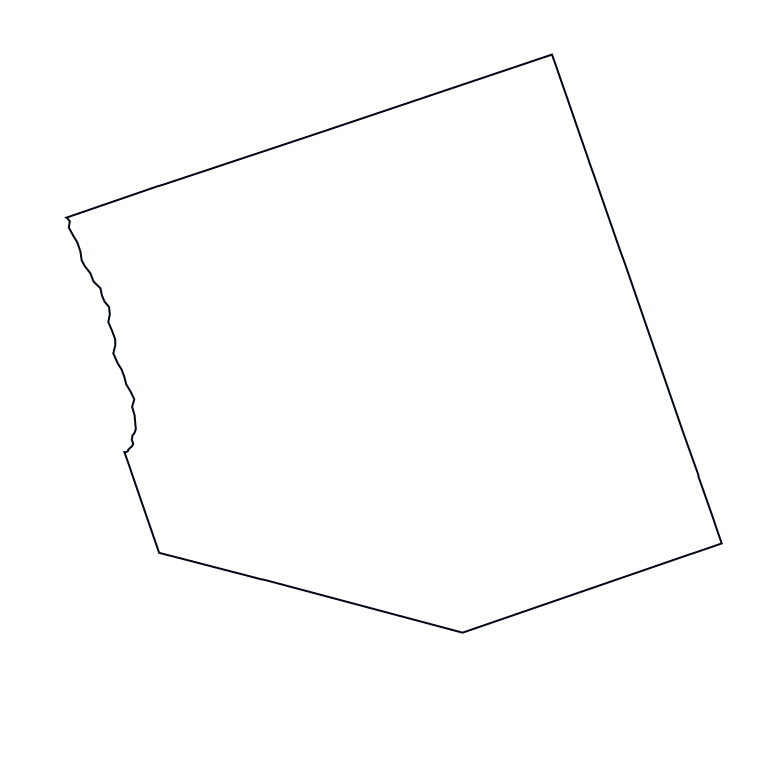 outline of White Pine, Nevada, United States of America, rotated 341°
{"feature_id": "52423323B32656881789588", "entity_name": "White Pine", "entity_type": "district", "adm_level": 2, "iso_a3": "USA", "parent_name": "United States of America", "parent_adm1": "Nevada", "projection": "natural_earth1", "projection_center": [-115.297, 39.403], "detail": "fine", "context": "isolated", "style": "outline", "palette": "ink", "viewbox_px": 768, "rotation_deg": 341, "n_neighbors": 0, "source": "geoboundaries", "source_scale": "gbopen_adm2", "svg_char_len": 1054}
<svg xmlns="http://www.w3.org/2000/svg" viewBox="0 0 768 768"><g transform="rotate(341 384 384)"><path d="M116.4,470.4L204.2,528.6L206.8,530.0L377.3,644.7L618.3,644.6L620.1,644.7L651.4,644.7L651.4,626.0L651.5,618.6L651.2,573.6L651.5,573.1L651.6,572.2L651.1,526.6L651.0,348.9L650.7,333.5L650.5,255.6L650.3,243.1L650.4,233.5L650.3,203.0L650.3,202.9L650.3,170.3L650.2,158.4L650.2,134.1L650.1,131.8L650.1,127.2L405.1,125.4L238.6,123.6L233.5,123.3L137.8,123.3L138.6,124.3L139.9,128.0L136.9,133.5L138.4,142.3L140.1,150.2L140.1,159.9L138.4,168.6L139.5,175.4L142.4,183.6L142.8,192.7L147.1,201.2L146.1,208.5L146.6,215.2L149.1,221.7L147.4,229.0L143.5,235.6L144.2,244.9L144.4,254.1L142.5,260.0L138.0,266.9L139.0,278.1L140.6,284.7L140.8,291.9L140.2,300.5L142.0,309.2L142.9,317.2L138.4,323.6L138.0,332.3L135.7,341.5L134.7,345.8L132.3,348.9L130.8,349.9L129.3,350.9L128.3,353.1L127.4,354.4L127.4,358.9L125.7,360.7L121.2,362.6L119.8,364.2L117.6,364.4L116.4,363.9L116.5,377.6L116.4,397.7L116.4,449.2L116.4,470.4Z" fill="none" stroke="#020617" stroke-width="2"/></g></svg>